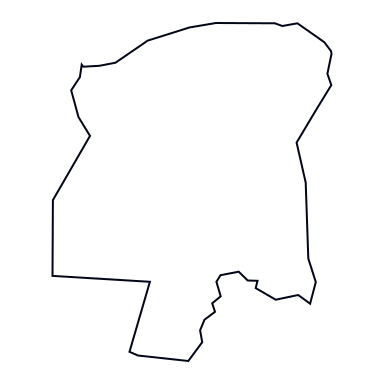 Tyrrell, North Carolina, United States of America (Robinson projection)
{"feature_id": "52423323B39402203079771", "entity_name": "Tyrrell", "entity_type": "district", "adm_level": 2, "iso_a3": "USA", "parent_name": "United States of America", "parent_adm1": "North Carolina", "projection": "robinson", "projection_center": [-76.186, 35.796], "detail": "fine", "context": "isolated", "style": "outline", "palette": "ink", "viewbox_px": 384, "rotation_deg": 0, "n_neighbors": 0, "source": "geoboundaries", "source_scale": "gbopen_adm2", "svg_char_len": 652}
<svg xmlns="http://www.w3.org/2000/svg" viewBox="0 0 384 384"><path d="M52.5,275.9L149.9,281.8L129.5,351.8L137.9,355.5L188.3,361.0L202.2,342.2L200.1,330.3L204.5,319.7L215.0,311.8L212.2,303.3L220.7,296.3L216.4,281.8L220.5,275.2L238.7,271.7L247.7,280.5L257.5,280.8L255.7,288.1L275.7,299.7L298.2,295.0L310.1,303.7L315.8,282.1L308.3,258.5L305.7,182.6L296.6,142.6L315.2,111.4L331.3,85.1L327.4,73.7L331.5,53.9L331.1,51.2L324.3,42.2L297.4,23.3L282.4,26.0L274.9,23.3L215.9,23.0L189.3,27.5L147.7,40.6L115.5,62.7L99.4,65.8L83.3,66.7L81.7,64.6L79.9,77.1L71.2,90.3L78.5,117.1L90.0,135.9L52.9,200.1L52.5,275.9Z" fill="none" stroke="#020617" stroke-width="2"/></svg>